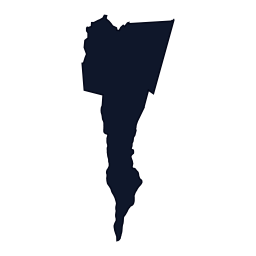 outline of Victoria, Choiseul, Saint Lucia
{"feature_id": "8701671B14688938630280", "entity_name": "Victoria", "entity_type": "district", "adm_level": 2, "iso_a3": "LCA", "parent_name": "Saint Lucia", "parent_adm1": "Choiseul", "projection": "equal_earth", "projection_center": [-61.04, 13.808], "detail": "fine", "context": "isolated", "style": "filled", "palette": "ink", "viewbox_px": 256, "rotation_deg": 0, "n_neighbors": 0, "source": "geoboundaries", "source_scale": "gbopen_adm2", "svg_char_len": 5577}
<svg xmlns="http://www.w3.org/2000/svg" viewBox="0 0 256 256"><path d="M87.2,27.4L86.7,28.1L86.7,30.9L88.1,32.8L88.1,38.0L85.0,40.4L84.3,47.5L86.7,54.1L85.3,57.5L83.6,63.1L82.2,63.3L84.3,90.1L103.1,94.9L102.5,104.0L102.3,105.8L102.1,106.3L102.0,106.6L101.8,106.9L101.7,107.1L101.6,107.5L101.5,107.8L101.4,108.7L101.4,109.3L101.3,109.7L101.3,109.9L101.3,110.0L101.3,110.8L101.3,111.0L101.4,111.6L101.4,112.0L101.5,112.7L101.7,113.3L102.1,114.7L102.2,115.3L102.3,115.7L102.4,116.4L102.6,118.3L102.7,118.5L102.7,119.0L102.8,119.1L103.0,119.8L103.5,120.8L103.7,121.2L103.9,121.9L103.9,122.0L104.0,122.3L104.1,123.4L104.1,125.4L104.1,125.7L104.1,126.2L104.2,126.8L104.1,127.4L104.1,128.6L104.0,129.6L104.0,130.9L104.0,131.4L104.1,131.9L104.2,132.1L104.3,132.3L104.6,132.7L104.9,133.0L105.2,133.2L105.4,133.3L105.7,133.5L105.9,133.6L106.2,133.7L107.1,133.9L107.3,134.0L107.6,134.2L107.7,134.4L107.8,134.6L108.0,134.8L108.0,135.0L107.9,135.3L107.9,135.6L107.8,136.1L107.6,136.8L107.4,137.3L107.3,137.8L107.2,138.3L107.1,138.7L107.2,140.0L107.1,140.9L107.1,141.0L107.2,142.1L107.2,142.7L107.3,143.1L107.6,143.7L107.6,144.0L107.8,144.5L107.9,145.1L107.9,145.7L107.9,146.2L107.9,146.6L107.8,146.9L107.8,147.1L107.7,147.2L107.5,147.6L107.5,147.8L107.4,148.0L107.4,148.4L107.4,148.9L107.4,149.4L107.5,150.2L107.5,150.9L107.5,151.1L107.5,152.7L107.5,152.8L107.6,153.0L108.0,156.3L108.8,159.1L108.9,161.7L109.4,163.5L109.4,166.1L108.3,168.5L107.2,170.1L106.8,171.4L106.7,172.9L107.2,174.6L107.2,176.1L106.9,178.2L107.1,180.8L107.7,183.6L109.6,186.3L111.0,188.6L112.0,191.8L112.7,193.1L113.8,194.9L115.2,197.8L116.4,201.9L116.7,203.6L116.4,205.2L116.0,207.0L116.0,209.1L116.4,210.9L116.1,212.6L115.8,215.0L115.9,216.7L116.4,218.8L116.3,220.8L115.0,223.4L114.3,225.6L114.3,227.0L114.9,230.5L116.0,233.9L116.9,236.5L117.0,240.6L117.7,240.4L118.0,240.4L118.2,240.2L118.7,239.9L119.1,239.6L119.5,239.0L119.8,238.6L120.0,238.4L120.1,237.7L120.3,236.9L120.4,236.4L120.5,236.2L120.7,235.4L120.8,235.3L120.8,235.0L120.9,234.5L121.0,234.3L121.0,234.0L121.1,233.5L121.3,233.2L121.5,232.3L121.6,231.6L121.7,231.2L121.8,229.9L121.8,229.7L121.8,229.3L121.9,228.8L121.9,228.4L122.0,227.1L122.0,226.8L122.1,226.2L122.2,225.5L122.3,224.8L122.7,223.7L122.8,223.4L122.8,223.0L123.0,222.1L123.0,221.8L123.1,220.7L123.1,220.4L123.1,220.1L123.1,219.7L123.2,219.2L123.2,218.9L123.2,218.6L123.3,217.7L123.4,217.1L123.5,216.9L123.6,216.6L123.9,216.2L124.0,216.0L124.4,215.5L124.9,214.9L125.5,213.9L126.7,211.8L126.9,211.5L127.6,209.9L128.0,209.2L128.3,208.6L128.7,208.1L129.1,207.6L129.3,207.4L129.5,207.1L129.8,206.7L130.0,206.3L130.2,206.1L130.5,205.9L131.1,205.5L131.4,205.5L131.7,205.3L132.2,205.0L132.3,204.9L132.5,204.7L132.9,204.3L133.3,203.6L133.4,203.3L133.9,201.6L133.9,200.9L134.0,200.6L134.0,199.7L134.0,199.0L134.0,198.6L134.0,197.9L134.0,197.6L134.0,197.3L133.9,197.1L133.9,196.1L134.0,195.9L133.9,195.5L133.9,195.3L134.0,195.1L134.4,194.2L134.7,193.3L134.9,192.7L135.1,192.3L135.4,191.8L135.7,191.2L135.8,191.1L136.4,190.2L136.8,189.5L136.9,189.1L137.1,188.8L137.7,187.9L138.0,187.5L138.1,187.2L138.3,187.0L138.8,186.4L139.6,185.5L140.0,185.1L140.5,184.5L140.8,184.1L141.0,183.8L141.3,183.3L141.5,182.9L141.6,182.7L141.7,182.2L141.8,182.1L141.7,181.2L141.7,180.9L141.5,180.6L141.4,180.3L141.1,180.0L140.5,179.5L140.0,179.1L139.9,179.0L139.7,178.8L139.5,178.6L139.4,178.2L139.1,177.5L139.0,177.2L138.9,176.9L138.8,176.5L138.6,176.0L138.5,175.6L138.5,175.3L138.4,174.4L138.3,173.8L138.2,173.4L138.1,172.9L137.9,172.4L137.7,172.1L137.6,171.9L137.0,171.4L136.8,171.1L136.6,170.9L136.4,170.7L135.9,170.1L135.7,169.8L135.4,169.3L135.3,169.2L135.1,169.0L135.0,168.9L134.5,168.7L134.1,168.5L133.9,168.4L133.3,168.4L133.2,168.5L132.9,168.5L132.8,168.4L132.7,168.4L132.4,168.1L132.3,167.8L132.1,167.6L132.1,167.4L132.0,167.2L132.0,166.9L132.0,166.6L132.1,166.0L132.2,165.5L132.2,165.2L132.4,164.6L132.4,164.3L132.5,164.0L132.6,163.5L132.4,163.2L132.4,162.8L132.4,162.7L132.4,162.4L132.3,162.1L132.2,161.5L132.2,161.4L132.2,161.2L132.1,160.9L131.9,160.5L131.8,160.3L131.7,160.0L131.6,159.6L131.5,159.3L131.4,159.2L131.2,158.5L131.1,158.3L131.0,157.8L130.9,157.4L130.8,157.1L130.8,156.4L130.8,156.2L131.0,155.8L131.1,155.4L131.3,155.2L131.5,154.9L132.3,154.1L132.8,153.6L133.2,153.4L133.3,153.1L133.4,152.9L133.4,152.7L133.4,152.4L133.4,152.0L133.4,151.9L133.4,151.4L133.4,151.0L133.3,150.6L133.2,150.2L132.9,149.9L132.5,149.8L132.2,149.8L132.0,149.7L131.8,149.6L131.7,149.5L131.4,149.2L131.2,148.8L131.1,148.7L131.1,148.3L131.1,148.1L131.2,147.8L131.3,147.4L131.6,146.8L131.7,146.4L131.8,146.1L131.9,145.0L131.9,144.2L131.9,143.9L132.0,143.3L132.0,143.0L132.1,142.8L132.2,142.6L132.5,142.1L132.6,141.8L132.7,141.5L132.8,141.4L132.9,141.0L133.0,140.5L133.0,140.2L133.1,139.7L133.1,139.0L133.1,138.6L133.2,138.4L133.3,137.9L133.4,137.5L133.5,136.9L133.7,136.7L134.1,136.1L134.3,135.9L134.5,135.5L134.7,135.2L134.8,134.9L134.9,134.5L135.1,133.4L135.3,132.8L135.4,132.3L135.6,131.6L135.7,131.3L135.8,130.8L135.9,130.6L135.9,130.2L135.8,129.8L135.7,129.7L135.5,129.4L135.5,129.2L135.5,128.7L135.6,128.2L135.8,127.3L135.8,127.0L135.9,126.1L136.0,125.7L136.0,125.2L136.1,124.9L136.0,125.0L137.4,121.0L144.1,107.2L144.0,106.6L148.4,90.1L153.4,93.6L173.8,20.1L173.7,19.8L172.7,20.8L172.0,20.6L171.3,21.2L128.6,23.8L128.8,22.6L127.5,23.0L124.7,26.6L123.2,25.4L120.9,27.5L119.3,30.6L116.8,30.3L116.4,27.9L112.5,26.0L111.1,23.9L108.7,21.1L107.1,19.9L105.9,18.4L106.6,15.7L104.4,15.4L103.0,18.1L99.8,19.9L98.2,20.5L93.9,22.7L91.7,22.7L91.4,26.6L87.6,27.9L87.2,27.4Z" fill="#0f172a" stroke="#020617" stroke-width="1.5"/></svg>